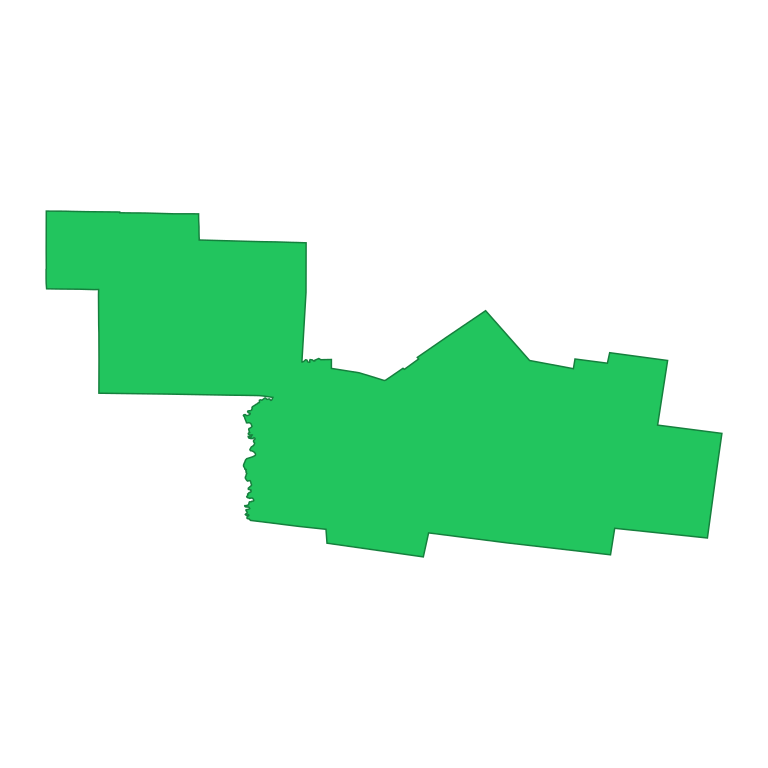 Giurgita, Dolj, Romania (Robinson projection)
{"feature_id": "2599482B97852940082202", "entity_name": "Giurgita", "entity_type": "district", "adm_level": 2, "iso_a3": "ROU", "parent_name": "Romania", "parent_adm1": "Dolj", "projection": "robinson", "projection_center": [23.602, 44.033], "detail": "fine", "context": "isolated", "style": "filled", "palette": "green", "viewbox_px": 768, "rotation_deg": 0, "n_neighbors": 0, "source": "geoboundaries", "source_scale": "gbopen_adm2", "svg_char_len": 4954}
<svg xmlns="http://www.w3.org/2000/svg" viewBox="0 0 768 768"><path d="M707.4,538.0L716.3,472.6L721.9,433.4L657.6,425.1L667.6,360.5L629.0,355.3L609.7,352.7L607.4,363.2L575.0,359.0L573.4,368.7L529.6,360.5L485.6,310.7L446.8,337.0L417.3,357.4L418.6,359.0L404.4,369.3L403.0,368.3L385.6,380.2L384.2,380.5L375.3,377.7L359.2,372.8L331.4,368.4L331.4,359.5L320.8,359.7L318.8,358.5L314.7,360.3L314.7,360.9L313.6,360.9L313.3,360.7L312.3,359.9L310.1,359.6L309.8,360.1L309.6,360.6L309.9,361.8L309.7,362.3L308.2,362.1L307.6,361.7L307.0,360.2L306.2,359.9L305.6,359.8L303.8,361.4L302.1,362.1L301.9,361.9L306.0,292.4L306.1,242.8L302.5,242.7L296.7,242.5L291.5,242.4L282.3,242.1L275.6,241.9L262.1,241.7L246.3,241.3L235.8,241.0L224.5,240.7L199.2,240.0L199.2,238.1L199.1,236.8L199.0,231.4L199.0,228.6L199.0,227.0L198.7,221.0L198.6,216.2L198.6,214.6L198.6,213.9L191.9,213.8L179.9,213.8L173.7,213.8L151.7,213.2L144.0,213.0L128.1,212.9L121.7,212.8L119.7,212.8L119.7,212.0L98.2,211.8L87.4,211.7L71.8,211.4L65.0,211.2L46.3,211.1L46.2,249.4L46.2,251.9L46.3,268.2L46.3,268.7L46.1,269.2L46.1,271.0L46.1,274.3L46.1,278.4L46.2,283.3L46.6,288.8L57.7,289.0L79.7,289.2L90.5,289.5L94.3,289.6L98.6,289.5L98.6,289.8L98.5,294.9L98.7,325.3L98.9,332.8L99.0,360.1L98.9,393.2L169.3,394.1L209.2,394.8L232.0,395.2L242.7,395.3L248.2,395.4L255.0,395.5L259.0,395.6L260.4,395.7L263.3,396.0L268.9,396.8L272.9,397.4L272.5,398.2L272.4,398.8L271.9,399.7L271.3,400.3L270.8,400.4L270.5,400.2L270.2,399.7L269.8,399.1L269.2,398.9L268.3,399.1L267.3,399.4L266.8,399.3L266.4,398.9L265.8,398.3L265.4,398.0L265.0,398.0L264.6,398.1L263.7,398.9L262.2,400.0L261.6,400.2L261.3,400.1L261.0,399.9L260.6,399.9L260.1,399.9L259.4,400.3L259.4,401.1L259.4,402.5L258.0,403.0L256.7,404.2L256.1,404.3L255.8,404.6L253.8,405.9L252.6,406.6L252.1,407.2L252.0,407.7L252.3,408.1L252.2,408.5L251.7,409.3L251.7,409.9L251.1,410.4L250.3,410.7L248.8,410.8L247.9,411.0L247.6,411.8L247.8,412.0L248.4,412.8L249.2,413.1L250.2,413.3L250.2,413.8L249.8,414.5L248.7,415.1L248.0,415.4L247.1,415.6L246.4,415.5L245.9,415.2L245.7,414.8L245.3,414.6L244.6,414.6L243.9,414.8L243.6,415.1L243.4,415.6L243.6,415.9L243.9,416.2L244.4,416.7L244.6,417.6L245.0,418.8L246.0,421.2L246.4,422.3L246.5,422.8L247.2,422.9L247.9,422.8L248.4,422.7L248.9,422.8L249.5,422.8L250.2,423.1L250.9,423.6L251.0,423.8L251.2,424.4L251.8,425.7L252.0,426.4L251.3,427.2L250.4,427.9L249.4,428.4L249.2,428.4L249.0,428.7L248.8,428.9L248.7,429.2L248.7,429.5L248.9,430.1L249.2,431.5L249.4,431.9L249.6,432.1L249.7,432.3L249.7,432.5L249.3,432.6L248.6,433.0L248.3,433.4L248.3,433.7L248.3,434.0L248.9,434.6L249.4,434.8L250.1,435.0L250.4,435.2L250.8,435.1L251.4,434.9L251.6,434.8L252.0,434.8L252.3,435.0L252.2,435.1L252.0,435.3L251.7,435.5L251.6,435.8L251.4,436.2L251.3,436.4L251.2,436.8L251.0,437.1L250.7,437.5L250.1,436.8L249.5,436.4L249.1,436.4L248.6,436.4L248.2,436.4L248.2,436.8L248.7,437.8L249.1,438.2L249.7,438.3L250.8,438.6L251.7,438.6L252.4,438.6L253.1,438.3L253.7,437.9L254.1,437.8L254.7,438.0L255.0,438.5L255.0,438.9L254.8,439.4L254.3,439.7L253.9,440.0L253.6,440.5L253.5,441.3L253.7,442.0L254.1,442.3L254.5,442.7L254.6,443.3L254.0,444.9L252.9,446.0L251.3,447.0L250.0,449.3L249.9,449.7L250.4,450.6L250.8,450.8L251.6,450.8L252.9,451.3L254.0,452.0L254.8,452.9L255.3,453.4L255.5,454.4L255.3,455.4L254.8,455.7L252.6,456.8L248.9,458.0L246.7,458.7L245.4,460.2L245.1,461.3L244.1,463.5L243.5,465.1L243.6,466.4L244.6,467.9L244.8,469.1L245.1,469.2L245.7,469.2L245.9,469.4L246.2,469.7L246.0,470.0L245.8,470.5L246.0,471.0L246.3,471.4L246.0,471.8L246.0,472.0L246.3,472.7L246.8,473.4L246.5,473.9L246.1,475.1L245.9,476.1L245.5,476.7L245.3,477.2L245.4,478.3L246.4,479.9L247.3,480.9L247.8,481.1L248.5,480.8L250.0,480.6L250.2,480.8L250.4,481.2L250.9,482.6L251.0,483.4L251.5,484.6L251.4,485.5L250.1,486.6L248.3,488.2L248.3,488.7L248.4,489.4L249.9,489.7L250.8,490.0L251.0,490.1L250.9,490.4L250.8,490.6L251.0,490.8L251.1,491.4L251.0,491.8L250.2,492.3L249.5,492.4L249.0,492.7L248.3,493.5L247.6,494.1L247.7,494.4L248.0,494.7L247.9,495.0L247.6,495.5L247.1,496.1L246.7,496.7L246.8,497.0L247.5,497.6L248.2,497.9L248.8,497.9L249.6,498.4L250.1,498.3L250.5,498.1L251.0,498.1L252.0,498.0L252.4,498.2L252.8,498.4L253.3,499.1L253.7,499.9L253.8,500.5L253.5,501.0L253.0,501.1L251.7,501.3L251.1,501.8L250.6,501.8L249.6,501.8L249.2,502.2L248.9,503.6L248.5,504.7L247.6,505.2L246.1,505.6L244.8,505.6L244.7,505.8L244.8,506.2L245.4,506.8L246.1,507.0L246.9,507.0L248.1,507.1L248.7,507.1L249.0,507.3L249.3,507.6L249.5,508.2L249.7,508.6L248.4,509.3L247.7,509.4L246.1,509.7L246.0,510.2L246.0,510.6L246.2,510.9L246.7,511.4L247.0,512.0L247.2,512.9L246.9,513.2L246.3,513.6L245.6,514.1L245.3,514.5L245.8,515.0L246.2,515.2L246.7,515.3L247.5,514.9L248.6,514.7L248.8,515.6L247.9,516.2L247.1,516.8L247.0,517.5L247.1,518.0L247.1,518.4L247.5,518.6L249.2,519.0L250.5,520.4L298.8,526.4L326.0,529.3L327.0,543.2L423.3,556.9L428.6,532.9L506.5,542.8L610.5,554.8L614.7,528.3L707.4,538.0Z" fill="#22c55e" stroke="#15803d" stroke-width="1.5"/></svg>